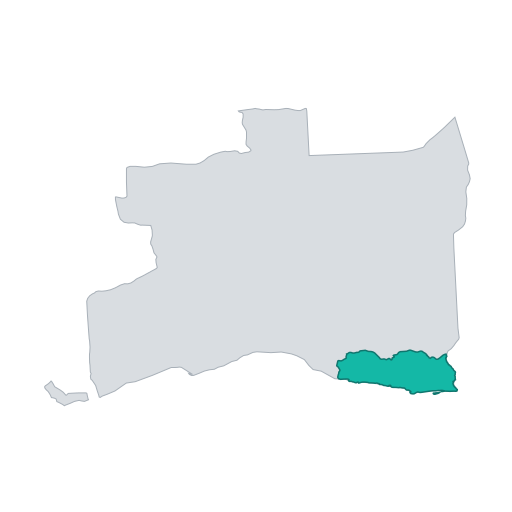 location of Namibe within Angola, rotated 267°
{"feature_id": "AGO-1893", "entity_name": "Namibe", "entity_type": "Province", "adm_level": 1, "iso_a3": "AGO", "parent_name": "Angola", "parent_adm1": "", "projection": "equal_earth", "projection_center": [12.66, -15.394], "detail": "fine", "context": "in_parent", "style": "filled", "palette": "teal", "viewbox_px": 512, "rotation_deg": 267, "n_neighbors": 0, "source": "natural_earth", "source_scale": "10m", "svg_char_len": 8118}
<svg xmlns="http://www.w3.org/2000/svg" viewBox="0 0 512 512"><g transform="rotate(267 256 256)"><path d="M401.8,246.0L402.2,250.2L402.7,256.1L403.0,260.3L403.3,262.2L403.4,263.2L403.0,264.2L402.6,266.8L401.9,269.0L401.5,270.6L401.8,273.4L401.1,281.8L401.0,286.0L401.8,293.5L401.6,295.8L399.6,302.6L399.0,306.0L398.9,307.8L400.8,312.9L400.7,313.9L399.1,314.2L397.8,314.3L353.5,314.3L352.2,401.1L352.1,408.5L353.4,418.2L355.8,428.8L356.8,429.8L359.4,431.8L363.0,435.8L365.0,438.8L369.0,444.0L374.4,450.7L384.2,461.9L350.6,470.2L337.8,473.3L336.6,473.2L334.8,472.1L330.7,471.8L325.8,473.4L322.0,473.9L319.2,473.1L316.4,471.7L313.8,469.7L309.1,468.9L302.4,469.5L296.0,469.1L289.9,467.7L285.5,467.2L282.8,467.5L280.0,467.0L277.0,465.9L274.4,463.9L271.4,459.7L269.1,455.6L268.5,455.1L267.7,454.4L267.0,454.3L253.8,454.0L173.3,453.9L163.9,454.6L163.2,454.4L162.0,453.9L161.2,453.0L158.6,450.7L156.3,449.0L153.2,446.1L151.2,442.9L149.5,441.9L146.5,441.3L144.2,440.7L142.3,440.6L139.1,442.1L136.6,443.6L134.9,445.0L131.9,446.7L129.3,448.3L124.9,448.1L123.9,448.4L121.4,448.3L119.1,446.8L116.7,446.9L114.1,448.8L110.3,449.5L111.2,437.5L112.1,432.2L112.1,425.9L111.6,409.5L110.9,407.2L110.5,404.6L112.8,402.5L114.0,401.0L115.6,398.3L116.7,394.4L118.1,386.0L122.9,366.5L125.3,347.5L128.2,338.4L129.3,328.3L137.6,315.1L139.6,307.1L143.9,303.1L150.0,298.9L154.3,291.4L156.4,286.2L158.8,276.2L158.7,265.8L160.3,251.9L159.9,247.9L157.7,242.3L157.3,238.4L155.2,234.5L152.9,231.5L151.9,226.3L148.0,218.0L146.9,212.4L145.1,208.5L144.8,203.5L143.8,198.4L141.9,193.2L140.0,187.4L140.0,185.5L141.2,183.3L142.3,182.6L141.9,183.7L141.2,185.0L141.4,186.0L148.7,175.7L149.1,173.7L148.9,171.5L148.9,168.7L149.1,165.5L142.3,146.5L136.8,128.8L135.9,119.8L128.6,108.1L125.8,100.4L124.1,95.0L122.9,93.0L123.4,92.0L125.2,91.7L129.4,90.5L135.1,89.1L140.3,86.0L141.7,84.6L144.5,84.3L147.4,85.2L148.4,84.6L149.0,84.5L155.7,84.5L158.5,84.3L163.6,84.4L166.8,84.6L168.7,85.0L173.7,85.5L179.9,85.4L182.1,85.1L190.3,84.9L205.6,84.6L213.6,84.6L219.7,84.6L222.5,85.7L225.0,87.9L226.2,89.8L226.7,90.6L227.5,92.7L228.8,94.3L229.3,96.8L228.9,100.2L229.1,104.2L229.9,109.0L231.6,113.9L234.1,119.2L235.2,123.3L234.9,126.4L235.6,129.6L237.5,133.0L238.9,134.8L239.7,136.2L241.8,141.4L248.8,156.0L249.8,156.8L251.3,156.5L254.6,155.9L257.8,155.8L260.1,157.0L261.0,156.8L264.5,154.3L267.9,153.6L271.5,152.6L273.4,151.5L275.5,151.5L281.4,153.5L282.5,153.6L287.3,153.6L292.0,152.5L292.8,144.1L292.8,142.4L294.0,139.3L295.4,136.5L295.6,133.9L295.6,130.3L296.6,126.0L299.8,122.5L305.0,120.8L307.9,120.5L312.6,119.6L319.6,118.6L322.2,118.7L322.4,119.2L320.8,125.2L320.8,127.2L321.3,129.2L322.5,130.3L336.5,130.5L349.9,131.2L350.6,131.5L351.2,131.9L352.1,134.9L351.8,140.7L350.5,149.2L350.9,157.2L353.1,164.6L353.3,175.9L351.3,191.2L350.8,200.9L351.8,205.0L354.0,209.2L357.3,213.6L359.8,219.3L361.6,226.3L362.2,230.8L361.7,232.6L361.7,235.7L362.2,240.2L361.5,243.2L359.7,244.7L359.1,246.7L359.9,250.6L360.1,254.1L361.4,256.4L362.2,256.5L364.1,255.3L366.3,252.9L368.1,251.9L370.7,252.1L374.2,252.7L380.4,253.0L382.3,252.6L388.2,249.4L389.7,249.2L392.0,249.5L395.2,250.4L398.5,250.6L400.1,249.6L400.3,248.3L400.8,246.7L401.8,246.0ZM141.9,44.8L141.5,45.3L138.8,46.8L136.0,48.1L132.3,53.6L130.4,55.9L129.9,56.5L128.2,57.8L126.9,58.9L127.0,59.6L127.8,60.3L128.6,61.4L128.6,70.4L128.2,79.1L127.7,79.9L125.4,80.2L122.2,80.8L121.2,81.2L120.9,80.3L119.8,77.1L120.4,74.1L121.1,71.8L120.3,67.1L118.7,63.0L117.0,57.8L116.5,56.8L117.9,55.1L120.1,51.4L121.0,49.5L123.5,49.0L124.4,47.7L125.1,45.5L125.3,44.3L128.1,43.3L131.5,41.4L133.4,39.5L135.3,38.2L136.5,38.1L137.3,38.7L139.4,42.1L141.3,44.3L141.9,44.8Z" fill="#d9dde1" stroke="#a8b0b8" stroke-width="1"/><path d="M144.3,440.5L143.9,440.1L143.4,440.1L142.8,440.3L140.3,440.9L139.1,441.8L138.3,442.1L137.9,442.4L137.3,442.6L137.2,442.9L137.1,443.2L137.0,443.5L136.8,443.7L136.4,443.9L136.2,444.0L135.8,444.7L135.7,444.9L134.9,445.3L133.8,445.9L133.0,446.8L132.6,447.1L132.0,447.2L131.4,447.5L130.3,448.7L129.8,449.0L129.5,449.1L128.6,448.8L127.2,448.7L126.8,448.5L126.2,448.1L125.7,448.4L125.3,448.6L123.8,448.5L122.1,448.7L122.0,448.3L121.9,448.0L121.6,447.9L121.4,447.8L121.1,447.6L120.9,447.4L120.8,447.2L120.7,447.0L120.6,446.7L120.4,446.3L120.2,446.2L120.1,446.3L120.0,446.5L119.7,446.6L118.9,446.2L118.6,446.0L118.3,446.1L118.2,446.1L117.1,446.3L116.0,446.7L115.0,447.3L113.9,448.4L113.0,449.0L112.5,449.4L112.4,449.6L112.3,449.8L112.2,450.0L111.9,450.0L111.6,450.0L111.2,449.7L110.9,449.6L110.9,449.4L110.7,449.2L110.6,448.9L110.5,448.5L110.5,448.1L110.7,446.8L110.7,442.7L111.0,439.9L111.2,437.5L110.9,435.2L110.9,434.3L111.3,434.1L111.4,435.5L111.8,436.0L112.1,434.7L112.1,432.3L112.2,431.4L112.0,428.4L112.2,425.1L111.1,413.1L111.2,412.4L111.3,411.9L111.8,410.5L111.3,409.0L110.1,406.7L110.1,405.4L110.5,403.5L110.8,403.2L111.3,402.8L111.7,402.6L111.9,402.7L112.0,403.3L112.3,403.5L112.7,403.3L113.9,401.8L114.1,401.4L114.1,400.9L114.2,400.0L114.2,399.6L114.7,398.8L116.1,397.7L116.5,397.0L116.5,396.1L117.0,393.7L117.3,392.8L117.0,392.0L117.1,391.1L117.4,389.3L117.7,385.5L117.8,385.0L118.0,384.6L118.8,383.6L119.0,383.5L119.3,383.8L119.5,383.8L119.8,383.5L119.9,382.9L119.8,382.4L119.7,381.9L119.3,381.7L119.1,381.8L119.0,381.1L119.3,380.1L119.9,378.2L120.0,377.0L120.1,376.6L120.3,376.3L120.6,375.9L120.8,375.6L121.0,375.2L121.2,373.4L121.2,373.0L121.2,372.8L121.4,372.5L121.6,372.5L121.9,372.5L122.1,372.0L122.3,371.2L122.8,370.1L122.8,369.6L122.7,369.0L122.6,368.4L122.7,368.0L122.9,367.3L123.2,364.9L123.4,362.4L123.5,362.0L123.9,361.2L124.1,360.0L124.4,357.9L124.5,355.9L124.4,354.8L124.2,353.8L124.0,353.3L123.9,353.0L123.9,352.7L123.8,352.2L123.7,352.0L123.8,351.8L124.0,351.9L124.2,351.7L124.5,351.7L124.7,351.3L124.7,351.1L124.7,350.8L124.7,350.5L124.5,350.0L124.2,349.6L124.1,349.2L124.5,348.3L124.6,347.7L125.1,346.9L125.2,346.5L125.2,346.0L125.4,345.5L125.8,344.7L125.8,344.3L125.9,343.2L125.9,342.7L126.1,342.3L126.7,342.1L126.8,341.9L127.0,341.8L127.5,342.2L127.6,342.3L127.8,342.3L128.2,341.6L128.4,340.5L128.5,337.1L128.4,334.0L128.5,333.6L128.9,332.8L128.9,332.4L129.7,331.7L130.2,331.4L130.8,331.3L133.0,331.9L134.2,332.4L135.8,332.7L136.9,333.6L137.4,333.8L138.1,333.7L140.7,332.3L141.1,332.0L141.4,331.5L141.8,331.1L142.4,330.9L146.8,332.2L147.2,332.8L147.2,333.3L146.9,334.8L146.8,335.5L147.0,336.2L147.3,337.0L148.2,338.5L148.8,339.9L149.1,340.5L149.5,340.8L150.7,340.7L151.4,340.9L152.3,341.3L152.7,341.4L153.4,341.3L153.7,342.4L154.0,342.9L154.4,343.5L154.7,344.1L154.8,344.8L154.7,345.7L154.6,346.1L154.2,347.0L153.9,348.8L154.5,351.6L154.4,352.7L154.5,353.3L154.9,354.1L155.4,354.5L155.8,355.1L156.1,360.2L154.9,363.1L154.7,364.8L154.6,365.6L154.5,366.3L154.0,367.8L153.5,368.6L152.9,369.5L148.5,373.5L148.0,374.0L147.6,374.1L147.0,374.5L146.6,375.2L146.3,376.0L146.5,378.3L146.4,378.9L145.9,380.0L145.7,380.5L145.7,381.1L146.7,383.2L146.7,383.7L146.5,384.2L145.6,384.9L145.2,385.4L145.2,386.0L145.6,386.4L146.6,386.5L147.1,386.8L147.3,387.5L147.5,388.2L147.9,388.7L148.4,388.7L148.9,388.2L149.4,387.9L149.8,388.4L149.9,389.0L150.1,391.0L150.3,391.7L150.8,392.3L151.3,392.8L152.1,393.3L152.9,395.0L153.0,401.4L153.9,404.2L153.9,405.0L153.7,405.8L152.1,409.7L151.8,410.5L151.7,411.4L151.6,412.2L151.7,412.9L152.3,414.8L152.4,415.8L152.0,417.1L151.9,417.3L151.3,417.8L149.8,420.1L149.1,420.8L148.4,421.4L148.2,421.4L148.0,421.2L147.9,421.2L147.6,421.8L147.5,422.0L147.3,422.0L147.2,422.0L146.9,422.2L146.8,422.3L146.3,423.0L146.1,423.2L145.9,423.2L145.6,423.3L145.4,423.4L145.3,423.5L145.1,424.0L144.7,424.7L145.2,425.4L145.4,425.6L145.6,425.8L145.7,426.2L145.8,426.9L145.6,427.9L145.2,428.7L144.7,429.3L144.2,429.7L143.7,430.3L143.4,430.9L143.4,431.7L143.6,432.5L144.6,434.2L147.1,437.5L147.8,439.1L148.1,440.6L147.5,440.8L147.4,440.8L147.2,440.7L146.9,440.8L146.3,441.1L146.3,440.9L146.0,441.0L145.7,441.0L145.2,440.9L145.0,440.7L144.8,440.4L144.6,440.3L144.3,440.5ZM109.9,429.5L109.9,430.7L110.2,431.9L110.2,432.3L109.7,431.6L109.3,430.7L108.6,427.6L108.6,426.7L108.8,426.3L109.3,425.8L109.8,426.0L109.8,427.5L109.9,428.2L109.9,429.5Z" fill="#14b8a6" stroke="#0f766e" stroke-width="1.5"/></g></svg>